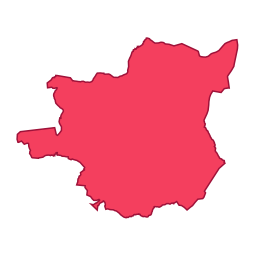 Toro, Bauchi, Nigeria (Natural Earth projection), rotated 89°
{"feature_id": "59680162B15165581574851", "entity_name": "Toro", "entity_type": "district", "adm_level": 2, "iso_a3": "NGA", "parent_name": "Nigeria", "parent_adm1": "Bauchi", "projection": "natural_earth1", "projection_center": [9.239, 10.35], "detail": "fine", "context": "isolated", "style": "filled", "palette": "rose", "viewbox_px": 256, "rotation_deg": 89, "n_neighbors": 0, "source": "geoboundaries", "source_scale": "gbopen_adm2", "svg_char_len": 5760}
<svg xmlns="http://www.w3.org/2000/svg" viewBox="0 0 256 256"><g transform="rotate(89 128 128)"><path d="M51.5,121.4L51.6,121.6L51.9,122.4L52.4,122.7L55.2,123.6L57.2,124.5L57.8,124.9L61.3,126.4L66.7,126.3L70.3,127.3L71.8,127.2L72.6,127.6L73.7,128.4L74.9,131.7L75.7,133.0L76.1,135.1L77.3,137.1L77.1,140.1L77.1,141.4L74.3,145.0L73.7,146.3L73.8,150.1L73.5,151.0L72.8,151.2L72.9,151.8L72.5,154.8L72.6,157.8L74.2,159.0L75.6,159.8L78.3,161.8L79.4,162.1L79.8,162.5L80.9,163.3L81.7,165.4L81.4,167.6L81.5,169.7L80.5,171.9L80.6,173.6L81.0,174.8L80.7,176.1L80.7,177.0L80.4,178.2L80.1,180.8L79.8,181.7L79.8,182.5L76.8,184.7L74.3,197.9L74.2,199.3L75.2,199.4L75.8,200.9L76.3,200.8L76.3,202.3L76.6,202.7L78.6,204.0L81.6,208.0L86.4,207.7L86.1,205.1L86.0,204.5L85.9,203.9L86.0,203.6L86.1,203.2L86.6,202.6L86.9,202.5L86.9,202.1L87.0,201.8L87.1,200.9L86.9,200.4L86.8,199.7L86.6,199.5L86.5,199.2L86.7,198.8L86.5,198.4L86.6,198.2L87.0,198.2L88.0,198.6L89.6,200.1L90.1,200.4L91.0,200.6L91.7,201.2L92.6,201.6L93.7,201.8L94.8,201.7L96.3,201.2L97.0,201.2L98.8,200.3L99.9,200.2L102.0,199.7L104.1,197.8L105.6,196.2L106.5,195.5L107.5,193.8L108.3,192.8L109.3,192.4L110.1,192.3L112.8,193.9L113.2,194.3L115.2,195.0L117.0,195.0L116.7,196.0L120.5,196.8L122.3,196.3L125.7,194.5L129.3,194.6L132.0,196.6L134.1,198.6L133.4,199.8L126.4,201.3L129.8,235.7L132.4,238.7L137.3,239.1L140.3,238.3L140.4,237.6L139.2,234.7L142.4,232.0L141.5,229.3L141.5,228.2L141.9,227.7L144.7,227.5L147.0,226.8L148.5,225.9L149.8,226.5L151.9,226.8L153.1,225.9L155.8,224.7L156.1,224.1L156.7,217.9L156.2,217.4L156.2,216.7L155.7,213.6L154.2,211.4L153.7,209.3L153.8,209.0L153.7,208.3L153.8,207.1L154.2,206.1L153.9,205.9L153.9,205.3L153.8,205.2L153.7,204.6L153.9,204.5L154.0,203.9L154.2,203.7L154.2,203.3L154.5,203.0L154.3,202.9L154.5,202.3L154.4,201.7L153.1,202.1L152.8,200.7L152.3,200.5L151.4,200.3L151.4,199.1L151.8,199.1L152.3,199.4L152.8,199.2L153.5,199.3L153.9,199.2L153.8,197.8L154.0,197.4L154.2,195.9L154.4,195.3L155.0,194.6L155.2,193.6L155.2,192.3L155.7,190.2L155.8,188.3L157.5,188.2L158.6,185.8L158.7,185.3L158.0,184.4L158.7,182.6L159.6,179.5L160.6,178.1L161.4,176.6L165.7,172.9L166.3,172.2L166.8,172.0L167.3,172.2L168.1,172.8L168.7,172.6L169.1,172.3L169.3,172.5L169.2,173.2L170.6,174.3L170.7,174.8L171.8,176.3L173.9,176.0L174.8,176.6L175.1,177.5L176.2,178.0L176.4,177.9L177.1,178.1L178.1,178.9L181.3,179.2L182.0,179.6L184.0,180.3L185.0,171.9L186.8,172.0L189.9,169.7L194.2,170.3L195.9,166.6L198.6,164.7L198.7,164.4L199.7,163.6L199.8,162.9L199.8,160.5L199.1,158.9L198.9,158.2L199.6,157.6L200.1,157.9L202.5,160.9L202.4,161.3L204.1,164.0L203.6,166.1L209.5,160.2L205.2,159.6L205.0,158.8L202.8,157.6L201.1,154.1L200.7,154.2L200.5,153.8L200.7,153.4L201.3,153.1L201.9,152.4L204.0,152.0L205.2,152.1L205.4,152.5L206.0,152.5L208.9,151.6L208.5,150.2L208.7,148.9L209.1,148.0L209.3,147.1L209.4,146.0L209.5,144.6L209.5,144.1L210.3,142.8L210.8,141.0L213.2,138.0L214.4,137.1L216.2,134.8L217.1,133.5L217.6,131.8L217.5,131.4L217.6,131.1L217.2,130.7L217.4,130.4L217.3,129.7L217.4,129.4L216.4,127.9L216.3,127.6L216.6,127.2L216.6,126.0L216.4,125.9L216.3,125.6L216.0,125.4L215.8,124.8L215.9,124.4L214.8,123.7L214.6,123.1L214.9,122.8L214.8,121.6L214.5,121.5L214.4,119.8L214.3,119.4L214.5,119.1L214.5,118.9L214.2,118.8L214.1,118.7L214.7,117.3L215.5,117.2L216.0,116.3L216.2,115.7L216.6,115.4L216.7,114.6L216.9,114.4L216.8,113.7L216.7,113.2L217.0,112.0L217.3,110.7L217.2,109.8L216.9,109.4L215.9,108.9L215.6,107.5L215.3,107.2L215.2,106.7L214.1,106.0L213.1,105.9L212.0,105.3L210.1,104.8L209.7,104.5L208.7,104.0L208.3,103.6L208.1,103.2L207.3,103.3L207.0,102.7L207.3,100.7L207.2,99.9L207.7,98.3L207.5,97.5L206.4,95.6L205.6,95.0L205.3,92.4L205.0,91.8L204.3,90.8L204.3,88.7L204.7,87.9L204.8,87.3L204.7,86.9L204.3,86.5L203.9,85.5L203.9,84.6L204.4,84.1L204.5,83.6L203.7,83.3L203.7,82.8L202.4,80.6L206.1,78.3L206.4,75.9L208.4,73.0L211.0,70.4L208.3,67.1L206.7,64.8L203.7,62.4L200.4,59.4L199.9,54.5L198.5,53.3L194.2,51.6L192.5,52.7L170.4,37.9L170.2,37.9L164.9,31.7L164.4,32.1L164.0,32.1L163.7,32.6L162.9,32.2L162.2,32.4L162.0,32.8L161.9,33.6L161.4,34.4L160.9,34.6L160.7,34.9L160.8,35.1L160.4,35.5L160.1,36.1L160.1,36.5L159.8,36.9L159.3,37.2L158.6,37.4L157.6,38.1L154.7,39.5L153.2,40.7L153.1,40.9L151.9,41.2L151.6,41.0L150.5,41.0L149.7,40.7L149.5,40.8L149.2,41.3L148.7,41.3L148.3,41.5L148.1,41.9L147.2,41.4L146.9,41.4L146.6,41.2L146.4,41.2L145.3,41.6L145.0,41.9L143.9,41.9L143.5,42.2L142.3,42.7L141.2,43.5L140.9,44.4L139.9,44.8L139.4,45.0L138.9,45.6L138.2,45.7L137.8,46.0L137.2,46.1L136.1,46.7L135.6,46.8L134.2,47.7L133.0,48.0L132.3,48.7L132.1,48.6L132.0,48.8L131.5,49.5L131.1,49.7L130.9,49.6L130.6,49.7L129.9,50.2L129.1,50.4L128.5,51.6L128.0,51.3L127.7,51.5L126.8,51.2L126.5,50.9L125.9,50.8L125.7,50.9L125.2,50.7L124.5,51.3L122.7,51.6L122.3,51.9L121.1,51.7L115.1,48.8L111.7,47.6L106.5,46.9L103.2,46.7L98.8,45.9L95.8,44.7L92.5,42.6L94.1,34.3L90.3,31.0L89.7,26.9L89.8,26.1L83.3,26.9L79.6,27.5L78.4,27.6L77.8,27.5L72.5,23.7L68.2,21.1L66.5,20.8L50.7,17.2L47.0,16.9L41.6,17.6L42.2,22.4L43.6,25.5L44.1,27.0L45.3,29.5L47.6,31.7L52.1,35.7L53.5,38.2L53.9,39.3L54.5,41.5L55.2,43.5L57.7,46.5L58.5,49.3L58.3,51.6L57.9,53.9L57.1,55.3L52.7,56.4L52.2,57.0L44.6,72.7L46.7,80.6L45.0,85.5L44.6,89.3L43.3,90.8L43.0,92.0L42.9,92.8L42.9,94.0L43.5,95.8L43.6,99.5L42.6,101.0L41.2,102.6L40.1,104.3L39.1,105.0L38.4,107.1L38.4,108.1L39.5,108.4L40.0,109.3L40.7,109.9L41.4,110.1L41.4,110.3L41.8,110.9L42.4,110.8L43.3,111.2L43.8,111.7L44.6,111.7L46.7,114.7L46.8,115.2L46.6,115.4L46.7,115.7L46.9,115.8L46.7,116.1L46.9,116.2L46.8,116.5L47.1,116.6L47.4,116.4L47.7,116.7L47.1,117.2L47.6,117.3L47.9,117.8L48.5,118.3L48.7,118.6L49.2,118.5L49.4,118.8L49.3,119.4L49.0,119.7L49.4,119.8L49.7,120.1L49.9,121.2L50.5,121.5L51.5,121.4Z" fill="#f43f5e" stroke="#9f1239" stroke-width="1.5"/></g></svg>